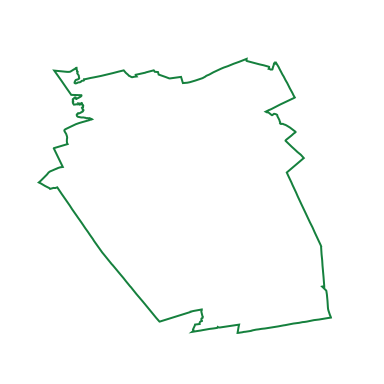 outline of Trivalea-Mosteni, Teleorman, Romania, rotated 7°
{"feature_id": "2599482B61439270983538", "entity_name": "Trivalea-Mosteni", "entity_type": "district", "adm_level": 2, "iso_a3": "ROU", "parent_name": "Romania", "parent_adm1": "Teleorman", "projection": "robinson", "projection_center": [25.216, 44.27], "detail": "fine", "context": "isolated", "style": "outline", "palette": "green", "viewbox_px": 384, "rotation_deg": 7, "n_neighbors": 0, "source": "geoboundaries", "source_scale": "gbopen_adm2", "svg_char_len": 5621}
<svg xmlns="http://www.w3.org/2000/svg" viewBox="0 0 384 384"><g transform="rotate(7 192 192)"><path d="M345.2,299.7L345.1,299.4L343.7,296.9L341.9,293.1L341.3,291.5L340.9,289.7L339.8,283.8L338.4,277.4L337.4,273.8L337.2,273.5L336.5,272.9L332.7,270.0L333.2,269.8L334.8,269.9L334.7,269.2L332.9,260.3L330.5,249.1L329.6,244.2L328.2,238.1L326.8,230.6L326.9,230.4L326.1,228.9L318.7,217.1L315.9,212.4L312.8,207.8L306.9,198.4L302.0,190.7L297.5,183.5L295.4,179.9L290.8,172.6L289.6,170.5L285.4,163.9L283.7,161.1L297.5,146.1L298.8,144.7L295.5,141.8L291.7,139.4L289.4,137.7L285.3,134.8L278.8,129.9L278.6,129.7L278.6,129.4L279.2,128.6L283.9,123.8L285.8,121.6L286.9,120.6L287.5,119.9L287.4,119.6L281.4,116.1L278.3,114.7L276.6,114.0L275.4,113.8L273.8,113.3L273.2,113.4L272.2,113.6L271.8,113.6L271.2,113.3L270.9,112.9L271.1,112.3L271.1,112.1L270.9,111.8L270.5,111.3L269.9,109.8L267.5,106.3L267.3,105.4L267.1,105.1L266.7,104.9L265.9,104.6L264.5,104.4L263.9,104.4L263.6,104.6L262.4,105.9L261.9,106.0L261.5,105.8L258.3,103.8L257.9,103.7L256.7,103.8L255.4,103.3L258.7,101.1L259.0,101.0L260.7,100.0L268.9,94.4L281.7,86.3L282.5,85.7L281.0,83.7L279.6,81.5L276.5,77.2L273.2,72.2L271.2,69.6L269.0,66.3L267.4,64.3L265.5,61.5L264.3,59.8L262.6,57.2L260.6,54.7L260.6,54.8L259.8,53.9L259.2,53.4L258.7,53.3L258.6,53.6L258.5,53.8L258.6,54.1L259.2,54.5L258.8,54.6L258.0,54.3L257.8,54.4L257.8,54.6L257.7,54.6L257.6,56.4L257.2,57.9L256.9,60.4L256.8,60.6L256.3,60.7L255.2,60.9L253.8,60.4L253.1,60.4L253.4,59.2L253.4,58.8L253.3,58.4L252.9,58.3L247.8,57.5L243.6,57.1L230.5,55.3L230.1,55.1L230.0,54.9L230.0,53.2L223.0,57.0L217.8,59.6L212.3,62.7L208.4,64.6L205.8,66.1L198.6,70.6L194.9,73.3L192.1,74.9L191.6,75.4L191.1,75.9L188.6,77.7L181.7,81.0L176.4,83.3L174.0,84.1L169.7,85.0L168.5,82.3L167.1,79.1L156.5,81.9L155.5,82.0L151.9,81.1L144.6,79.5L143.6,77.1L140.4,77.2L140.0,76.8L139.4,76.0L139.2,75.9L131.9,78.8L131.0,79.3L121.9,82.5L122.5,83.7L122.9,84.1L120.8,84.6L118.5,85.4L117.1,85.0L115.8,84.4L115.4,84.4L115.2,84.3L114.2,83.4L111.8,81.8L109.4,79.6L104.6,81.4L98.8,83.7L87.5,87.9L80.6,90.2L77.7,91.1L73.2,92.7L71.8,93.2L71.2,93.2L71.2,94.1L71.1,94.4L70.9,94.6L70.6,94.7L69.3,95.0L68.9,95.2L68.3,96.1L67.4,96.7L67.2,96.8L66.5,96.9L65.5,97.2L64.5,97.9L63.4,98.4L62.6,98.3L62.2,98.1L62.1,97.9L62.1,97.6L62.2,97.0L62.8,95.3L63.0,95.1L63.3,94.8L64.6,94.3L65.1,94.0L66.1,93.2L66.2,92.8L65.7,91.6L65.6,90.7L65.4,90.3L64.8,89.4L64.2,88.9L63.6,88.0L63.7,87.4L63.9,87.0L63.9,86.6L63.7,86.4L63.3,86.4L63.1,86.2L63.1,85.5L62.6,84.6L62.4,84.4L62.5,84.1L62.3,83.8L62.4,83.1L62.3,82.8L61.9,82.9L61.6,83.1L60.7,84.2L60.2,84.6L59.8,84.7L58.9,85.5L57.4,86.7L56.5,87.4L55.5,87.7L54.3,87.9L52.8,88.0L40.5,88.3L48.7,97.3L55.6,105.1L60.3,110.3L69.5,109.5L70.1,109.4L70.4,109.4L70.5,109.5L70.5,110.1L70.2,110.5L69.9,110.9L67.7,112.5L66.5,113.2L66.1,113.6L66.0,113.8L65.7,113.8L65.5,113.5L65.1,112.9L65.1,112.5L65.0,112.4L64.6,112.3L64.3,112.4L63.9,112.6L63.5,113.3L63.2,113.7L63.0,114.3L62.5,114.3L62.4,114.5L62.4,114.8L62.4,115.1L62.8,115.7L62.8,115.9L62.6,116.4L63.2,117.0L63.1,117.5L62.8,117.7L62.8,117.9L63.3,118.8L64.2,119.7L65.5,119.3L66.0,119.3L67.0,118.9L67.5,118.9L67.8,119.0L69.1,118.6L69.3,118.3L69.3,118.2L69.0,117.9L69.6,117.9L69.9,118.4L70.0,118.9L70.6,118.7L71.1,117.9L71.2,117.6L71.4,117.2L71.6,117.1L72.0,117.3L72.1,117.5L72.2,118.1L72.0,118.5L73.1,118.9L73.3,119.2L73.2,119.6L73.5,119.7L73.5,120.4L73.5,121.3L73.2,121.6L72.6,121.7L72.5,121.9L73.3,122.7L73.5,123.3L74.2,123.8L74.3,123.9L74.3,124.2L74.1,124.5L73.7,124.5L73.8,124.9L73.9,125.1L73.6,125.6L73.0,125.9L72.5,126.4L72.1,126.5L71.6,127.0L70.6,127.6L70.1,127.7L69.4,127.6L69.2,127.8L69.1,128.0L69.0,128.5L68.4,128.8L68.2,129.1L68.2,129.7L68.7,130.7L69.0,130.9L69.4,131.2L70.2,131.3L72.9,131.5L75.4,131.2L76.7,131.4L77.0,131.3L77.5,131.4L78.1,131.7L78.4,131.6L79.1,131.4L80.2,131.5L81.0,131.2L81.7,131.3L81.9,131.7L82.0,131.7L83.3,131.7L83.9,132.0L83.2,132.4L82.6,132.6L81.7,132.8L81.3,133.2L74.6,136.0L71.4,137.4L68.4,138.9L60.1,144.2L58.6,145.2L58.1,145.7L57.8,146.3L57.9,146.8L58.2,147.4L60.1,149.8L60.5,150.7L60.9,151.5L61.4,152.9L61.5,153.6L61.4,154.7L61.6,157.0L61.9,158.1L62.1,158.7L62.7,159.6L49.6,165.3L49.5,165.5L60.7,182.9L58.1,183.6L56.3,184.4L48.6,188.9L47.2,190.2L46.7,191.1L45.8,192.5L40.0,199.9L38.8,201.2L41.1,202.0L45.4,203.9L50.1,205.6L50.6,205.9L50.8,206.2L54.1,204.8L55.2,204.8L55.9,204.7L57.7,203.8L62.8,209.7L72.3,220.3L75.1,223.7L82.2,231.6L86.2,236.0L90.7,241.2L93.5,244.2L96.0,247.1L99.2,250.6L100.8,252.6L110.3,263.0L112.0,264.6L121.0,273.3L121.7,273.9L121.9,274.0L130.4,282.0L134.3,285.6L137.3,288.6L142.2,293.3L143.0,293.9L144.5,295.4L149.3,300.1L156.7,306.9L162.6,312.5L171.7,321.2L175.4,324.5L175.7,324.6L204.2,311.7L205.9,310.8L205.8,310.7L208.3,309.8L213.8,308.1L216.0,307.4L216.1,307.9L215.8,309.5L217.5,314.0L217.9,314.4L217.9,314.6L217.9,315.5L217.7,315.8L217.1,316.1L216.8,316.5L216.8,317.2L217.0,318.0L217.5,318.4L217.6,318.8L217.3,319.0L216.6,319.2L215.9,319.9L215.7,320.3L215.5,321.2L215.7,322.1L211.2,323.2L211.0,324.5L210.0,327.5L209.7,328.5L209.8,328.8L210.4,329.1L210.4,329.4L210.1,330.1L209.7,330.5L209.3,330.7L209.2,330.8L216.1,328.8L217.3,328.5L219.4,327.8L226.3,325.7L229.6,324.9L232.2,324.2L233.7,323.7L233.8,323.5L234.0,322.8L234.9,323.2L236.1,323.1L254.9,317.9L254.7,319.9L254.4,326.3L255.0,326.2L259.0,325.1L260.6,324.5L261.7,324.3L266.4,323.0L267.6,322.6L267.9,322.5L267.9,322.4L269.1,321.9L270.9,321.3L272.4,320.8L274.8,320.2L277.9,319.3L281.0,318.6L293.9,314.9L299.5,313.1L300.4,312.9L308.7,310.2L314.3,308.8L317.5,307.7L319.8,307.2L321.9,306.6L328.7,304.3L333.6,303.1L342.4,300.5L345.2,299.7Z" fill="none" stroke="#15803d" stroke-width="2"/></g></svg>